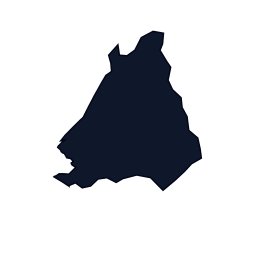 the district of Louroukina, Cyprus, rotated 230°
{"feature_id": "46923920B91087779274595", "entity_name": "Louroukina", "entity_type": "district", "adm_level": 2, "iso_a3": "CYP", "parent_name": "Cyprus", "parent_adm1": "", "projection": "mercator", "projection_center": [33.49, 35.022], "detail": "fine", "context": "isolated", "style": "filled", "palette": "ink", "viewbox_px": 256, "rotation_deg": 230, "n_neighbors": 0, "source": "geoboundaries", "source_scale": "gbopen_adm2", "svg_char_len": 1304}
<svg xmlns="http://www.w3.org/2000/svg" viewBox="0 0 256 256"><g transform="rotate(230 128 128)"><path d="M121.5,45.4L121.9,45.6L119.8,52.5L111.6,54.5L107.6,62.1L108.2,72.3L103.5,79.9L93.9,84.0L92.6,91.5L86.4,104.5L75.5,113.4L57.8,114.8L57.8,130.5L58.5,143.5L59.8,153.8L57.8,164.8L65.3,169.6L75.5,175.0L87.1,173.0L92.4,176.4L98.7,180.5L108.9,182.6L117.1,188.1L128.7,186.7L138.9,189.4L147.1,199.7L153.9,200.4L166.9,202.4L170.3,208.6L177.8,216.1L183.3,211.5L185.9,209.3L187.6,201.4L188.5,197.2L188.7,196.3L186.0,190.0L183.2,183.3L183.6,178.3L183.9,174.0L184.0,173.6L189.2,168.3L189.3,168.2L198.2,173.7L196.2,160.0L188.7,156.6L181.9,151.8L182.1,148.9L182.5,144.9L180.6,139.6L179.4,136.2L176.8,129.5L174.4,123.0L172.1,117.6L169.9,112.1L169.6,111.4L164.9,100.5L164.7,96.1L164.5,94.4L164.1,88.8L163.9,86.3L162.9,76.3L162.8,75.1L161.4,68.2L160.7,69.3L160.7,69.7L159.4,71.9L159.4,68.0L158.9,62.8L158.4,61.7L154.4,62.3L152.8,61.6L152.2,61.7L151.8,61.9L151.4,61.9L151.2,61.9L150.9,62.0L149.3,62.9L144.5,62.0L143.5,62.8L141.6,64.4L137.8,64.6L137.8,64.3L137.3,64.3L137.7,62.0L136.8,61.6L135.6,61.4L131.4,62.7L131.2,60.1L130.6,53.4L130.6,53.1L134.1,49.4L137.2,45.8L137.2,45.6L137.5,42.3L138.2,40.7L138.2,39.9L128.7,43.2L122.9,44.9L121.9,45.3L121.5,45.4Z" fill="#0f172a" stroke="#020617" stroke-width="1.5"/></g></svg>